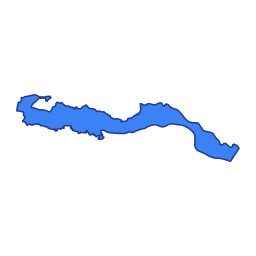 Santo Domingo Suchitepéquez, Suchitepéquez, Guatemala (orthographic projection), rotated 272°
{"feature_id": "79465075B35646197433450", "entity_name": "Santo Domingo Suchitepéquez", "entity_type": "district", "adm_level": 2, "iso_a3": "GTM", "parent_name": "Guatemala", "parent_adm1": "Suchitepéquez", "projection": "orthographic", "projection_center": [-91.492, 14.282], "detail": "fine", "context": "isolated", "style": "filled", "palette": "blue", "viewbox_px": 256, "rotation_deg": 272, "n_neighbors": 0, "source": "geoboundaries", "source_scale": "gbopen_adm2", "svg_char_len": 5877}
<svg xmlns="http://www.w3.org/2000/svg" viewBox="0 0 256 256"><g transform="rotate(272 128 128)"><path d="M127.4,26.7L127.4,27.4L128.3,29.4L128.2,30.0L127.9,30.7L127.7,31.4L127.6,32.6L127.9,33.5L128.5,34.1L129.0,34.8L128.7,35.8L128.6,37.0L129.0,37.6L129.1,38.0L129.0,38.3L128.7,38.3L128.4,38.7L128.5,39.3L128.5,39.7L127.9,40.0L127.4,40.4L127.2,40.8L127.3,42.5L127.0,44.3L126.5,45.0L126.4,45.4L126.1,47.4L125.0,48.3L124.6,50.3L124.1,51.4L124.1,52.0L124.3,52.4L124.2,52.9L123.9,53.6L123.9,54.0L124.3,54.5L124.2,54.9L124.0,55.1L122.8,55.2L122.5,55.5L122.5,55.9L122.7,56.6L122.7,57.0L122.9,57.2L123.2,57.0L123.4,56.6L123.8,56.6L124.0,57.1L124.6,57.5L124.7,58.1L125.0,58.8L124.6,61.2L124.8,61.5L125.3,61.5L125.3,61.8L125.6,62.3L125.7,62.5L125.7,63.1L125.4,63.6L125.4,63.9L125.7,64.0L126.0,64.0L126.4,63.7L127.2,63.7L127.7,63.9L127.8,65.0L128.3,65.8L128.3,66.2L128.1,68.7L128.2,70.4L127.9,71.0L127.3,71.4L127.0,71.4L126.6,70.8L126.2,70.6L125.8,70.6L125.4,71.0L125.1,71.6L124.8,72.4L124.9,72.6L124.7,72.9L124.1,72.6L123.8,72.7L123.7,73.1L123.8,73.7L123.1,74.6L122.7,77.5L122.5,77.8L122.1,78.1L121.1,78.4L120.9,78.6L120.9,79.0L121.3,79.6L121.3,80.5L121.8,80.8L122.1,81.1L122.1,81.8L121.8,82.5L121.7,83.8L121.8,84.5L121.6,85.2L121.6,86.0L121.9,86.3L123.4,86.3L123.6,86.4L123.8,86.8L123.7,87.2L122.8,87.4L122.4,88.0L121.9,88.5L121.8,89.0L121.7,89.3L121.4,89.5L120.6,89.2L120.2,89.3L119.9,89.6L119.8,90.7L120.3,92.2L121.4,93.1L121.3,93.4L121.1,93.6L119.8,93.8L119.6,94.1L119.8,95.1L119.7,95.4L118.4,95.9L118.2,96.4L118.2,96.9L118.9,97.5L119.1,97.8L119.2,98.7L119.5,99.4L119.4,99.9L118.9,100.0L118.3,99.9L117.9,99.7L117.3,98.9L116.9,98.6L116.5,98.5L115.9,98.8L115.7,99.1L115.7,99.4L116.1,102.3L116.5,103.3L116.9,103.7L117.9,104.2L118.0,103.9L119.2,102.8L119.6,102.7L120.1,102.9L120.5,102.8L120.6,102.6L120.6,102.2L120.3,101.9L120.3,101.6L120.4,101.3L121.0,101.3L121.6,101.7L122.0,101.9L122.3,101.7L122.4,101.4L123.6,101.0L124.6,101.4L125.0,103.3L124.0,105.9L123.1,107.4L122.8,108.3L122.3,117.5L122.3,124.5L123.7,128.0L124.1,129.5L124.0,130.4L123.6,131.2L123.8,133.2L124.9,135.1L127.1,140.5L128.4,145.5L129.6,146.7L131.7,151.7L132.1,153.6L132.1,155.9L131.8,157.5L130.9,159.5L130.3,161.7L130.6,164.0L131.3,165.9L132.4,167.5L133.5,169.8L133.7,171.7L133.6,174.0L133.0,177.5L133.1,180.6L131.9,184.5L129.8,188.7L127.3,192.1L124.5,194.4L121.6,195.2L118.4,195.3L113.6,195.3L111.9,195.6L110.9,196.0L109.5,196.8L108.6,197.7L107.5,199.4L105.0,205.9L102.6,210.1L101.3,214.1L101.0,216.1L100.8,221.1L100.5,223.7L99.7,226.5L99.1,229.4L98.2,231.5L105.3,235.8L107.4,237.3L109.6,238.4L111.7,239.7L113.4,238.3L114.3,237.4L115.5,234.5L115.4,234.1L115.1,233.5L114.5,233.1L113.0,232.8L112.7,232.5L112.3,231.9L112.3,231.4L112.4,230.7L112.7,230.2L115.9,226.2L116.0,225.5L115.9,224.7L115.8,224.4L114.3,222.4L114.1,221.6L114.3,221.3L115.1,220.8L118.6,219.1L119.2,218.5L120.1,217.3L122.1,215.4L124.8,213.8L125.3,213.4L125.6,212.9L126.1,211.8L126.5,210.4L127.6,204.7L127.9,203.9L128.3,203.3L129.1,202.4L129.4,202.2L130.4,201.9L131.9,200.5L135.2,198.2L135.4,197.6L135.5,197.1L135.5,191.9L136.5,188.6L136.9,187.7L137.5,186.9L139.7,184.4L144.2,180.7L147.2,177.6L148.3,175.7L148.9,172.9L150.4,169.8L150.9,169.0L152.7,167.5L153.0,166.9L153.2,166.3L153.2,165.4L153.0,164.7L152.6,164.3L152.1,163.9L151.2,163.7L151.0,163.3L151.0,162.9L151.4,162.3L151.9,161.8L153.5,161.3L153.7,161.1L154.0,160.6L154.2,159.3L154.1,158.6L154.0,158.2L152.9,156.0L152.3,155.2L152.1,154.6L152.1,152.9L152.7,150.2L153.0,147.5L152.9,146.8L152.1,145.7L151.7,144.8L151.5,144.0L151.5,143.1L151.6,142.4L152.3,141.4L152.6,140.5L152.6,140.1L152.4,139.4L152.1,139.6L147.5,140.0L146.6,140.0L145.9,139.9L144.2,139.2L143.7,138.8L143.3,138.1L143.1,137.7L142.4,137.7L141.9,137.9L141.6,137.7L141.6,137.0L142.0,136.1L142.1,135.8L141.1,135.4L140.8,135.1L140.6,134.1L140.3,133.6L139.7,133.1L139.2,132.8L138.8,132.2L138.3,130.7L137.9,130.5L137.6,130.0L137.7,128.7L137.6,127.7L135.8,126.9L135.0,126.4L134.7,125.7L134.6,124.0L134.1,121.3L134.2,121.0L134.4,121.0L135.4,121.3L135.6,121.1L136.4,119.1L136.8,117.3L136.9,116.1L136.6,114.9L136.2,114.0L136.3,113.6L137.0,112.7L137.3,112.2L137.3,111.9L137.5,111.2L138.0,110.3L138.3,109.9L138.8,109.8L139.6,109.8L139.9,109.5L140.0,108.6L140.1,108.1L141.0,107.0L142.4,104.4L143.1,103.7L143.4,103.2L143.4,102.9L143.1,102.1L143.2,100.8L143.5,100.2L143.8,99.4L143.9,98.1L143.4,96.4L143.8,95.8L145.2,94.9L145.5,94.3L146.0,92.2L146.1,89.3L146.4,88.4L148.9,86.0L149.4,85.6L149.5,85.3L149.4,84.8L149.2,84.5L148.4,83.9L148.2,83.4L147.8,81.9L147.4,81.6L146.7,81.3L146.3,81.1L145.9,80.4L145.6,79.6L145.8,76.3L146.1,76.1L146.6,76.1L147.1,75.9L147.2,75.4L146.8,75.2L145.9,74.8L145.3,74.5L145.0,74.0L145.0,73.8L145.1,73.4L145.6,73.4L145.9,73.6L146.2,73.6L146.3,73.3L146.3,72.8L146.7,72.0L146.8,71.5L146.7,69.6L146.8,69.4L147.6,68.7L147.8,68.4L147.7,67.5L148.1,65.3L148.1,64.1L149.2,63.0L149.7,62.1L150.0,61.8L150.6,61.5L151.0,61.0L151.0,60.0L150.4,59.0L150.3,58.5L150.3,58.2L150.5,57.9L151.1,57.4L151.2,57.1L151.2,56.1L150.2,55.3L147.3,54.7L146.9,54.3L146.6,52.9L145.9,51.8L143.4,51.1L142.2,50.1L141.5,48.7L141.8,47.3L142.6,45.6L143.0,43.1L143.2,42.7L143.0,40.1L143.3,38.2L144.0,35.7L144.4,35.0L145.2,30.9L145.6,30.5L146.3,30.5L149.4,32.7L151.3,34.9L154.4,37.9L154.9,40.5L154.9,44.1L154.2,44.9L152.7,44.9L152.0,45.4L152.0,46.4L152.6,46.8L153.4,47.0L154.2,47.7L154.5,48.7L155.3,49.7L155.8,49.9L156.4,49.4L157.0,48.6L156.7,45.8L156.0,43.5L156.0,39.5L156.4,37.5L157.0,36.4L157.3,36.1L157.8,34.5L157.7,31.5L157.4,31.0L156.7,28.3L156.5,28.0L155.7,23.9L154.8,22.3L154.6,20.4L154.0,20.6L152.3,20.3L150.4,19.9L149.8,19.5L150.0,18.7L149.9,17.8L149.4,17.4L143.9,16.5L141.3,16.3L140.9,20.0L140.6,21.0L140.4,22.9L140.0,23.2L139.4,23.3L139.0,23.1L137.6,23.0L136.2,23.8L135.4,24.5L134.8,24.6L132.4,23.3L132.1,23.3L131.5,22.5L130.8,22.6L130.5,24.5L129.8,25.5L129.3,25.5L127.8,26.6L127.4,26.7Z" fill="#3b82f6" stroke="#1e3a8a" stroke-width="1.5"/></g></svg>